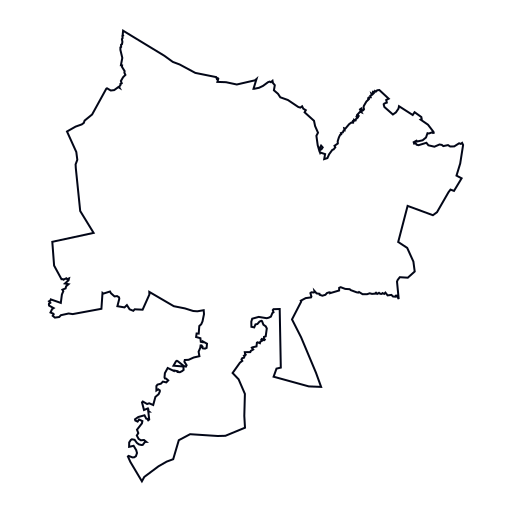 Ayala, Morelos, Mexico (orthographic projection)
{"feature_id": "50627088B86852114099424", "entity_name": "Ayala", "entity_type": "district", "adm_level": 2, "iso_a3": "MEX", "parent_name": "Mexico", "parent_adm1": "Morelos", "projection": "orthographic", "projection_center": [-98.965, 18.698], "detail": "fine", "context": "isolated", "style": "outline", "palette": "ink", "viewbox_px": 512, "rotation_deg": 0, "n_neighbors": 0, "source": "geoboundaries", "source_scale": "gbopen_adm2", "svg_char_len": 6004}
<svg xmlns="http://www.w3.org/2000/svg" viewBox="0 0 512 512"><path d="M379.3,90.0L377.2,90.3L376.0,91.5L375.0,91.0L374.8,91.8L373.0,91.7L372.8,92.7L373.6,93.3L372.4,94.5L371.5,93.8L371.8,94.8L370.3,95.8L370.7,97.3L369.0,97.5L368.9,98.8L368.2,98.5L368.0,100.0L366.4,101.5L363.9,105.8L363.5,107.3L364.0,109.2L363.3,110.2L362.2,110.8L361.3,108.5L360.0,109.4L361.5,112.3L360.1,111.7L357.5,114.5L359.2,116.6L357.0,115.4L356.7,116.4L355.9,116.1L357.6,117.7L355.5,119.5L355.6,120.4L354.5,120.7L353.9,120.0L353.4,121.6L352.8,121.2L352.4,122.0L352.7,122.7L351.1,122.7L349.1,124.2L345.3,128.7L344.2,128.3L344.6,130.5L343.6,130.6L342.8,132.4L340.9,133.1L341.2,134.3L340.1,134.9L338.9,137.4L337.7,141.2L337.8,143.5L334.5,145.8L335.3,147.3L333.6,149.4L332.3,149.9L329.1,154.3L327.4,158.1L324.2,159.1L325.1,154.1L320.5,152.6L320.2,153.0L319.3,150.5L321.5,149.2L322.7,147.4L321.1,145.6L319.0,149.7L317.7,145.2L316.4,135.8L318.0,132.7L315.1,126.1L314.0,120.8L304.6,112.3L305.8,110.2L303.3,108.7L302.1,106.3L300.4,107.6L298.3,107.0L287.9,100.0L280.3,97.3L278.0,93.8L273.9,90.3L274.8,85.2L272.9,82.9L272.5,80.8L270.9,82.2L269.7,81.6L268.0,82.2L263.0,85.9L259.0,87.8L254.1,88.8L253.5,88.8L256.5,79.0L255.0,80.3L236.8,84.5L226.0,82.2L217.4,81.9L218.3,78.7L217.8,78.2L216.8,78.8L216.2,77.1L195.3,72.9L179.7,64.5L172.8,61.9L164.4,55.8L123.1,30.7L122.7,34.6L123.1,35.5L122.4,35.9L122.6,38.1L121.9,39.1L122.4,41.9L122.0,44.1L121.1,44.7L121.1,47.0L120.4,47.4L120.4,49.9L122.3,57.9L120.9,65.3L122.1,65.4L122.0,66.9L124.6,71.1L124.4,72.7L125.4,74.9L123.1,77.2L120.9,81.0L122.0,84.0L121.2,83.3L120.4,83.9L120.4,85.2L119.0,86.9L119.5,87.8L118.3,87.1L114.2,90.1L110.8,90.5L107.0,88.3L106.3,88.7L92.1,114.5L84.6,120.6L83.8,122.9L81.8,124.4L75.6,126.6L67.0,131.5L76.3,152.0L77.3,159.8L75.6,164.4L75.8,168.1L80.2,211.0L93.6,232.9L52.3,241.8L54.1,265.6L61.5,279.2L62.8,279.1L63.4,279.7L66.3,278.3L67.1,279.2L69.0,278.4L68.5,280.3L65.0,283.5L68.5,284.2L66.1,286.3L65.6,288.4L62.4,289.7L63.3,291.2L61.9,294.5L60.8,302.9L50.8,299.4L50.5,300.4L49.0,301.3L50.3,302.8L49.0,303.7L48.9,304.5L49.1,305.6L53.6,308.1L52.1,309.1L50.5,312.5L53.3,313.7L53.7,314.2L52.7,315.8L54.9,317.6L59.2,317.0L60.9,315.2L68.6,313.5L72.7,314.1L101.4,308.8L102.5,292.9L103.4,293.6L110.0,291.5L110.9,293.2L114.5,296.4L117.1,296.1L119.0,297.3L119.3,298.7L117.4,306.2L124.5,307.4L126.9,305.1L129.6,309.3L133.3,310.8L134.7,309.3L142.6,309.7L149.4,294.5L149.3,291.9L173.8,306.2L184.9,308.4L193.2,311.0L197.4,311.3L203.7,310.2L204.0,314.1L202.5,321.4L201.2,324.3L199.3,326.0L198.7,333.6L196.6,333.5L196.1,337.0L200.4,338.2L200.8,341.8L202.7,342.2L202.8,341.4L207.0,343.7L206.6,347.9L205.1,348.6L202.9,348.4L201.9,347.1L202.4,346.6L201.5,345.4L200.6,345.4L200.3,347.7L198.6,351.7L199.4,356.2L193.7,357.5L188.6,359.8L184.8,360.0L184.4,361.8L186.6,365.2L185.9,366.6L183.8,366.0L178.0,361.4L176.9,360.8L176.0,361.3L173.5,365.7L183.4,366.5L183.6,369.9L182.1,371.1L179.9,372.2L177.6,372.0L177.6,371.2L174.2,370.5L174.0,371.0L167.7,368.0L164.9,373.1L164.5,377.3L164.9,378.4L166.1,378.6L168.2,380.4L166.3,382.4L162.9,381.6L160.9,383.7L157.5,384.6L156.4,386.0L156.4,390.5L158.2,389.3L159.8,390.4L159.8,391.6L158.6,394.2L155.4,396.9L153.2,405.0L149.2,403.3L147.1,404.0L142.8,401.5L142.0,402.4L144.0,410.0L147.9,408.4L148.4,409.4L148.1,410.7L149.2,411.6L148.3,411.6L149.2,419.5L148.2,420.3L147.2,418.8L146.2,418.6L144.5,415.3L138.3,417.0L135.0,419.3L135.3,420.5L137.6,421.6L139.1,419.5L142.4,421.1L141.9,423.4L137.0,429.7L138.3,433.1L136.8,435.5L138.6,438.9L140.9,440.3L144.0,440.0L146.3,441.9L145.0,441.9L142.7,444.9L141.4,445.0L138.9,444.4L136.9,442.9L134.6,439.8L131.9,439.3L130.9,439.9L129.2,442.4L129.1,446.8L133.6,445.8L136.2,450.1L137.0,453.0L135.9,456.2L134.2,457.3L132.5,457.4L128.6,455.9L127.9,456.5L130.4,462.0L141.9,481.3L144.3,476.9L158.5,466.3L166.7,461.6L173.2,459.2L178.8,440.2L190.1,434.2L217.7,436.0L225.4,435.8L245.0,427.7L244.3,415.9L244.9,393.9L238.6,379.3L232.6,373.0L240.0,362.6L242.3,360.9L241.5,359.4L242.2,358.2L244.0,357.7L244.5,356.4L244.0,355.7L245.6,354.8L246.3,355.5L245.1,354.1L244.8,352.2L250.3,352.1L250.8,350.9L253.2,349.5L251.8,347.7L252.2,347.4L256.5,346.4L256.9,342.7L257.6,342.3L259.9,343.2L260.3,341.7L262.7,340.4L261.4,339.6L261.8,339.0L264.4,340.1L264.8,339.6L263.8,338.6L264.0,336.9L265.7,336.3L266.8,328.4L265.7,326.3L263.4,324.7L262.0,321.1L261.3,320.8L259.5,321.6L257.4,324.0L255.5,324.4L254.2,327.4L251.4,326.8L251.3,321.7L252.2,318.7L258.7,316.9L266.7,318.2L268.7,317.7L270.9,316.6L272.4,313.0L273.5,312.3L272.8,310.1L273.5,309.2L279.7,309.0L280.8,367.6L276.5,368.6L273.6,376.7L308.8,386.4L321.1,386.9L316.0,372.8L301.1,337.3L292.0,319.4L301.2,301.6L300.8,300.7L305.7,298.1L311.0,297.4L311.4,296.6L310.4,293.1L311.4,292.3L313.8,292.5L314.6,292.0L314.4,290.9L316.6,293.4L319.5,293.8L319.7,294.8L322.4,295.7L325.4,294.8L326.9,293.1L329.2,292.3L330.4,292.6L330.3,293.1L339.1,290.5L339.2,287.8L340.7,287.2L345.2,288.9L349.7,289.2L350.7,290.1L356.6,292.3L358.3,292.6L359.0,292.0L362.6,294.2L367.1,294.2L369.7,293.3L372.0,293.9L376.1,293.6L375.4,293.2L376.0,292.7L377.2,293.9L379.0,292.8L380.3,293.8L381.7,293.9L382.5,293.1L384.2,293.9L385.4,292.6L387.6,295.4L391.4,294.9L393.0,296.5L395.5,296.7L395.8,295.7L396.7,295.6L398.7,299.0L397.0,281.6L397.7,279.9L399.8,277.2L407.8,277.7L414.7,271.5L413.4,261.6L407.2,247.9L398.2,242.0L407.6,205.9L432.9,215.2L437.0,212.2L448.5,192.2L450.5,189.6L454.0,190.9L461.6,178.3L456.5,175.6L460.2,163.5L463.1,145.0L462.1,142.9L460.8,143.9L459.1,143.3L454.2,146.4L450.2,146.5L448.0,145.1L443.3,146.1L441.8,144.9L439.5,144.5L434.4,146.7L428.4,145.3L426.4,142.8L418.5,145.2L416.6,144.7L415.7,143.3L414.1,143.6L413.7,142.2L416.5,140.7L417.1,141.5L422.6,140.3L426.0,137.5L427.5,133.2L428.8,133.5L432.3,132.3L433.0,133.0L433.7,132.8L433.5,131.9L428.0,124.7L420.6,119.6L421.7,119.0L421.3,117.0L414.6,112.2L412.7,115.0L399.0,106.2L398.5,108.6L395.9,112.4L392.9,114.5L384.4,107.0L383.9,105.4L383.7,104.2L384.4,103.5L386.8,102.6L386.2,100.0L388.7,98.7L379.3,90.0Z" fill="none" stroke="#020617" stroke-width="2"/></svg>